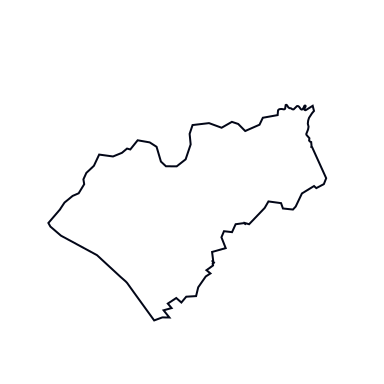 Halifax, North Carolina, United States of America, rotated 297°
{"feature_id": "52423323B7774526001257", "entity_name": "Halifax", "entity_type": "district", "adm_level": 2, "iso_a3": "USA", "parent_name": "United States of America", "parent_adm1": "North Carolina", "projection": "equal_earth", "projection_center": [-77.531, 36.258], "detail": "fine", "context": "isolated", "style": "outline", "palette": "ink", "viewbox_px": 384, "rotation_deg": 297, "n_neighbors": 0, "source": "geoboundaries", "source_scale": "gbopen_adm2", "svg_char_len": 2125}
<svg xmlns="http://www.w3.org/2000/svg" viewBox="0 0 384 384"><g transform="rotate(297 192 192)"><path d="M60.4,216.6L66.8,222.5L69.9,228.8L73.7,220.4L79.3,226.5L81.6,221.1L90.4,226.1L88.7,232.7L96.1,234.4L101.1,242.9L109.9,240.8L123.0,242.6L127.8,245.4L128.9,240.4L136.1,244.1L136.5,244.0L136.7,243.6L136.8,243.5L137.0,243.3L137.4,243.1L137.6,242.9L137.8,242.9L138.6,243.6L139.2,243.6L139.2,242.5L139.3,242.1L139.6,241.6L139.8,241.5L140.5,242.0L147.7,237.1L157.3,247.5L165.0,238.8L171.6,238.3L174.4,245.9L183.1,245.5L188.2,252.9L188.2,253.3L187.9,253.5L187.6,253.9L187.6,254.0L187.9,254.1L188.3,254.1L188.5,253.8L189.2,257.5L210.8,264.0L218.3,264.4L222.5,276.4L218.6,280.5L222.2,289.9L226.1,291.0L240.6,290.6L252.7,298.0L251.9,301.0L258.9,305.9L265.2,305.3L286.6,278.5L286.6,278.4L286.4,277.8L287.5,277.5L290.6,275.5L290.5,274.1L291.0,273.0L293.2,272.2L294.8,268.2L295.5,267.5L300.5,267.0L303.1,266.2L305.4,264.2L308.3,263.1L311.2,262.6L316.7,263.2L319.6,263.9L323.6,260.4L317.1,256.5L316.5,256.1L316.3,255.6L316.3,255.0L316.6,254.7L317.7,254.4L318.4,254.4L319.2,254.4L319.8,254.4L320.2,254.2L320.4,253.8L320.3,253.4L319.9,253.1L319.3,253.0L318.6,253.1L317.1,253.1L315.9,252.9L315.3,252.4L315.2,251.8L315.3,251.2L315.5,250.7L316.2,249.5L316.5,248.7L316.7,248.0L316.6,247.2L316.1,246.5L311.9,245.1L311.6,244.8L311.4,244.3L311.3,243.5L311.5,242.4L311.4,241.8L311.0,240.9L311.0,240.3L311.1,239.8L311.4,238.9L312.1,237.8L312.5,237.0L312.5,236.5L312.3,236.2L312.0,236.0L308.6,237.1L308.3,237.1L307.6,236.7L307.3,236.2L306.7,234.2L305.8,232.7L305.1,232.0L303.9,231.6L302.8,232.0L299.4,233.4L290.3,221.4L282.6,221.6L270.5,211.7L273.6,202.3L272.6,195.7L262.7,189.2L261.1,175.9L251.9,162.1L242.7,163.5L233.8,169.2L218.2,171.5L207.9,166.7L203.1,157.1L205.0,150.5L216.2,139.9L217.0,131.8L213.4,120.1L201.9,117.7L201.2,114.4L195.1,111.8L187.8,105.5L183.2,92.3L170.8,92.7L161.1,89.2L154.0,89.5L150.0,92.4L139.4,91.6L134.3,87.4L124.7,83.2L116.9,82.3L116.6,82.4L116.3,82.3L116.1,82.2L99.2,78.1L96.9,81.5L93.6,95.1L92.6,136.0L83.9,166.9L82.2,173.6L81.5,175.5L75.8,186.5L60.4,216.6Z" fill="none" stroke="#020617" stroke-width="2"/></g></svg>